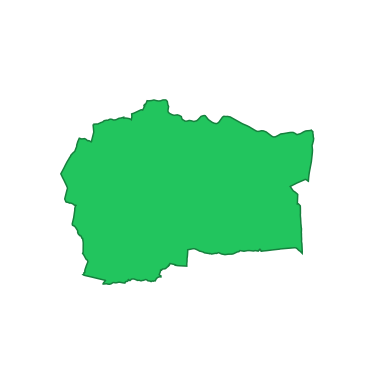 Todiresti, Suceava, Romania (Albers equal-area conic projection), rotated 332°
{"feature_id": "2599482B78954839759131", "entity_name": "Todiresti", "entity_type": "district", "adm_level": 2, "iso_a3": "ROU", "parent_name": "Romania", "parent_adm1": "Suceava", "projection": "albers", "projection_center": [26.059, 47.693], "detail": "fine", "context": "isolated", "style": "filled", "palette": "green", "viewbox_px": 384, "rotation_deg": 332, "n_neighbors": 0, "source": "geoboundaries", "source_scale": "gbopen_adm2", "svg_char_len": 5896}
<svg xmlns="http://www.w3.org/2000/svg" viewBox="0 0 384 384"><g transform="rotate(332 192 192)"><path d="M260.5,297.9L261.3,296.5L263.4,292.1L264.7,289.4L265.1,288.2L265.5,287.0L266.6,285.2L268.0,282.2L268.5,281.3L269.2,279.9L269.6,278.9L270.0,278.3L271.4,275.9L271.9,274.3L272.8,272.3L273.2,271.2L275.6,266.1L276.2,264.6L277.1,262.7L277.7,261.8L280.2,257.0L281.1,255.1L280.8,253.9L280.4,252.4L280.1,252.3L279.9,252.2L279.4,252.0L284.2,243.8L284.1,243.5L284.1,243.3L283.0,240.5L282.3,239.2L282.0,238.9L281.8,237.7L281.3,233.2L288.5,233.3L297.2,234.0L297.9,234.0L298.5,234.7L298.9,235.1L299.4,236.5L299.8,237.1L301.8,234.0L303.8,231.1L305.4,229.0L311.6,221.3L316.7,213.8L318.1,211.5L319.5,208.1L319.8,207.4L320.2,206.9L320.6,206.6L323.2,203.8L324.6,201.8L324.9,200.4L326.0,197.9L326.3,196.7L326.5,196.3L326.8,196.0L327.0,195.6L327.0,195.3L326.8,194.6L326.3,194.0L326.3,193.3L325.6,193.3L325.3,193.2L324.2,192.8L323.1,192.3L321.4,191.6L320.5,191.4L318.1,191.3L316.9,191.4L315.0,191.4L311.6,190.6L310.4,188.4L309.2,186.8L306.6,185.5L300.2,183.4L297.6,182.4L294.4,182.5L291.4,182.4L289.7,181.6L288.7,180.3L285.7,173.8L283.8,171.6L282.1,170.5L279.6,169.9L277.8,168.9L276.0,166.2L273.1,161.3L271.6,159.2L269.4,156.5L268.4,155.2L262.4,145.9L261.0,143.7L258.9,142.0L256.6,140.8L255.7,140.1L254.1,140.2L248.7,142.9L246.7,143.3L245.5,143.0L243.8,141.6L242.5,139.9L240.4,135.7L240.1,133.9L239.5,130.9L238.7,130.2L237.2,129.8L235.5,129.5L231.5,130.9L229.6,131.3L226.7,130.6L224.7,128.7L223.1,127.5L220.6,127.0L219.2,126.2L217.5,123.3L217.6,121.8L218.0,120.4L216.7,118.4L215.3,117.0L212.2,115.9L210.7,114.4L209.0,112.0L208.5,110.0L209.1,108.6L211.5,105.5L211.6,103.7L212.7,100.5L212.4,99.0L211.9,98.3L209.6,97.1L206.9,96.7L205.1,95.9L203.8,94.9L201.6,92.9L199.0,92.2L196.4,91.1L195.2,90.3L193.5,91.8L191.8,92.9L191.2,92.4L190.0,93.3L190.4,94.0L186.9,96.5L186.2,95.8L185.5,95.5L177.7,95.1L175.4,94.7L174.2,97.4L173.7,98.0L172.3,99.7L171.9,98.8L171.0,97.7L169.6,96.6L167.9,95.4L167.1,95.1L166.5,94.9L166.9,93.9L164.2,93.4L162.0,92.6L159.8,92.6L158.3,92.4L156.5,91.6L155.8,90.7L155.2,90.1L154.2,89.4L153.6,89.2L153.0,89.1L151.7,89.2L151.3,89.1L150.3,88.5L147.9,87.8L146.2,88.2L145.0,88.1L144.2,87.9L142.9,87.9L142.2,87.8L141.2,87.8L140.7,87.7L139.3,87.0L137.3,86.1L137.2,86.4L136.4,86.6L136.1,86.5L133.4,93.0L127.7,99.3L127.2,100.0L126.8,100.3L126.4,100.4L125.7,99.1L125.2,98.4L124.9,98.1L124.4,98.1L124.2,98.0L123.8,97.4L123.0,95.5L122.2,94.4L120.5,93.8L119.1,93.1L118.8,92.9L118.3,92.1L117.9,91.7L117.7,91.6L114.8,93.9L112.4,96.3L112.1,96.7L111.6,97.5L111.3,97.9L110.3,98.7L107.8,100.9L107.5,101.1L105.3,101.6L102.2,102.7L101.3,103.7L100.8,103.8L100.2,104.0L99.3,104.7L95.9,106.7L92.7,108.9L90.2,110.7L84.7,114.4L84.6,117.4L84.5,118.4L84.5,121.4L84.2,127.7L84.0,129.6L83.8,130.2L83.6,130.5L82.4,131.7L76.6,138.1L76.3,138.7L76.2,140.3L76.1,140.8L76.0,141.3L76.1,141.5L76.2,141.8L76.4,141.9L76.9,142.5L77.4,142.7L77.7,143.0L78.4,144.0L78.8,144.4L79.4,144.6L80.4,145.5L81.3,146.7L81.4,147.2L82.0,148.4L82.6,148.9L83.2,149.1L83.3,149.3L83.1,149.4L82.8,149.5L82.5,149.6L80.8,151.5L80.4,152.1L80.2,152.7L75.5,159.1L71.3,163.9L71.3,164.3L70.9,164.8L71.0,165.5L71.6,166.0L71.8,166.3L71.8,166.6L72.3,167.1L72.4,167.9L72.7,169.2L72.6,169.7L72.6,170.0L72.8,170.4L72.7,171.1L72.9,172.2L72.7,172.9L72.1,173.9L72.2,174.5L71.9,174.9L72.0,175.5L71.9,175.7L72.0,176.2L72.1,176.5L72.2,177.0L72.3,177.2L72.6,177.3L72.6,177.6L72.8,177.9L72.8,178.1L72.7,178.2L72.8,178.3L73.3,178.7L73.4,178.9L73.4,179.3L73.2,179.7L73.1,181.3L73.3,181.6L73.6,181.7L72.4,185.1L71.9,186.2L67.8,193.7L67.5,194.2L67.1,194.5L66.6,194.8L66.7,195.4L66.8,196.1L66.9,197.1L66.9,201.1L67.0,201.9L67.5,202.7L67.5,204.2L67.4,204.6L66.7,205.3L64.3,207.3L61.3,210.1L60.7,210.8L60.2,211.5L59.8,212.5L58.9,212.5L58.6,212.7L58.4,213.1L58.0,213.5L57.3,213.8L57.0,213.8L57.6,214.8L58.9,216.0L63.3,219.8L74.1,229.4L74.1,229.5L71.2,230.7L70.6,231.1L70.3,231.4L70.5,231.6L70.8,231.8L71.9,232.2L72.5,232.5L73.1,232.7L73.6,233.0L74.4,233.8L75.8,234.7L76.6,234.9L77.7,235.1L79.4,234.9L79.8,234.9L80.7,235.4L81.5,236.1L82.3,236.5L83.1,236.8L84.8,237.2L85.8,237.7L86.8,238.5L88.4,239.8L90.0,240.9L90.6,240.4L91.1,240.1L92.0,240.1L92.3,240.4L92.8,240.5L94.1,240.3L94.3,240.1L94.5,239.5L94.9,239.5L95.3,240.8L95.7,241.1L96.5,240.9L97.5,240.5L98.2,240.7L99.5,241.3L100.2,241.8L101.0,242.8L102.0,243.8L102.1,244.3L104.2,245.3L104.8,246.1L105.5,246.6L105.9,246.6L106.5,246.7L107.0,247.0L107.8,247.2L109.9,247.5L110.2,247.7L110.6,248.1L111.0,248.7L111.3,249.6L111.5,249.8L112.8,250.6L113.8,251.9L115.3,252.0L116.2,252.7L117.3,252.8L117.9,253.2L119.1,252.2L121.4,251.3L123.4,251.6L124.7,252.4L125.2,251.5L124.7,250.8L124.5,250.3L124.3,249.4L125.6,248.4L126.4,247.7L127.4,246.5L127.6,246.2L128.4,246.8L129.0,246.3L129.7,246.2L130.3,246.4L131.8,247.0L132.7,247.2L135.1,246.6L136.3,246.5L136.3,246.1L136.8,245.8L137.5,246.0L137.8,245.8L137.6,245.6L137.8,245.4L139.0,244.8L143.2,248.4L142.8,248.8L144.8,250.3L146.4,251.3L152.6,255.0L153.8,252.7L155.1,250.8L156.4,248.4L157.8,246.5L159.8,243.3L161.1,241.0L166.1,242.5L167.0,242.9L167.7,243.4L168.1,243.8L169.6,245.7L170.5,247.0L170.8,247.6L172.1,248.7L173.6,250.2L174.0,250.8L174.4,251.5L178.1,254.3L178.6,254.5L178.7,254.8L179.0,254.7L180.2,256.0L183.8,257.1L184.9,257.8L186.7,257.9L187.2,258.2L188.9,260.5L191.7,262.8L195.0,264.0L198.1,265.6L199.6,266.0L204.0,266.2L205.4,266.7L206.8,266.2L210.1,268.7L213.5,269.8L215.3,270.7L218.7,273.0L219.4,273.2L219.8,273.2L220.8,273.7L221.4,274.3L221.9,274.4L222.1,274.5L222.4,275.1L222.8,275.3L223.0,275.3L223.6,274.8L224.1,275.0L224.6,274.9L224.7,274.5L224.8,274.4L225.1,274.4L225.2,274.5L225.2,275.0L225.4,275.8L225.2,276.3L225.2,276.7L225.3,276.8L227.0,277.4L230.8,279.0L236.1,281.0L242.6,283.6L243.2,283.7L253.7,288.2L256.5,289.4L257.5,290.1L258.4,291.7L258.5,292.5L258.7,293.0L259.0,293.9L259.5,294.7L259.8,295.5L260.5,297.9Z" fill="#22c55e" stroke="#15803d" stroke-width="1.5"/></g></svg>